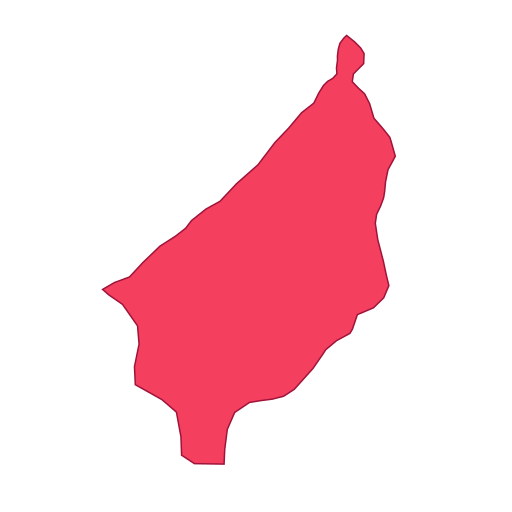 Zygi, Larnaca, Cyprus (orthographic projection), rotated 168°
{"feature_id": "46923920B52343832655333", "entity_name": "Zygi", "entity_type": "district", "adm_level": 2, "iso_a3": "CYP", "parent_name": "Cyprus", "parent_adm1": "Larnaca", "projection": "orthographic", "projection_center": [33.335, 34.731], "detail": "fine", "context": "isolated", "style": "filled", "palette": "rose", "viewbox_px": 512, "rotation_deg": 168, "n_neighbors": 0, "source": "geoboundaries", "source_scale": "gbopen_adm2", "svg_char_len": 1184}
<svg xmlns="http://www.w3.org/2000/svg" viewBox="0 0 512 512"><g transform="rotate(168 256 256)"><path d="M121.5,452.9L124.9,450.8L129.7,446.6L132.5,441.2L134.8,434.6L135.6,430.5L138.2,423.2L139.0,417.3L144.0,413.8L149.5,412.0L154.5,408.8L160.6,402.5L167.7,393.5L181.6,386.7L197.6,374.2L214.0,363.0L235.1,344.8L259.8,330.9L279.8,317.0L295.0,312.4L311.7,304.1L319.0,297.8L330.5,292.2L347.9,285.6L368.0,273.1L384.1,261.8L399.9,259.5L407.9,256.9L413.0,255.2L408.1,248.6L396.6,236.4L386.4,212.3L388.7,194.1L397.9,173.0L400.8,155.2L377.8,135.0L366.3,119.8L367.0,94.7L370.2,76.6L359.4,65.7L330.5,59.1L326.8,73.3L320.1,92.4L309.4,107.4L292.9,114.1L282.1,113.6L269.8,112.6L258.0,113.1L246.2,117.7L223.6,134.2L210.5,146.6L207.2,149.9L194.7,156.5L180.2,160.8L176.9,164.4L169.0,177.6L151.9,180.9L139.8,188.5L132.2,199.4L132.5,210.7L132.5,224.5L133.5,246.7L132.5,263.2L129.3,271.8L123.7,279.0L119.1,286.3L116.8,292.2L113.8,301.8L108.9,313.0L99.0,324.6L100.0,340.0L100.4,344.2L103.5,350.5L106.1,355.6L112.0,366.2L113.2,381.4L116.0,392.0L120.8,398.7L125.6,406.4L122.9,413.8L110.7,421.8L108.2,431.5L110.3,437.6L114.9,444.8L121.5,452.9Z" fill="#f43f5e" stroke="#9f1239" stroke-width="1.5"/></g></svg>